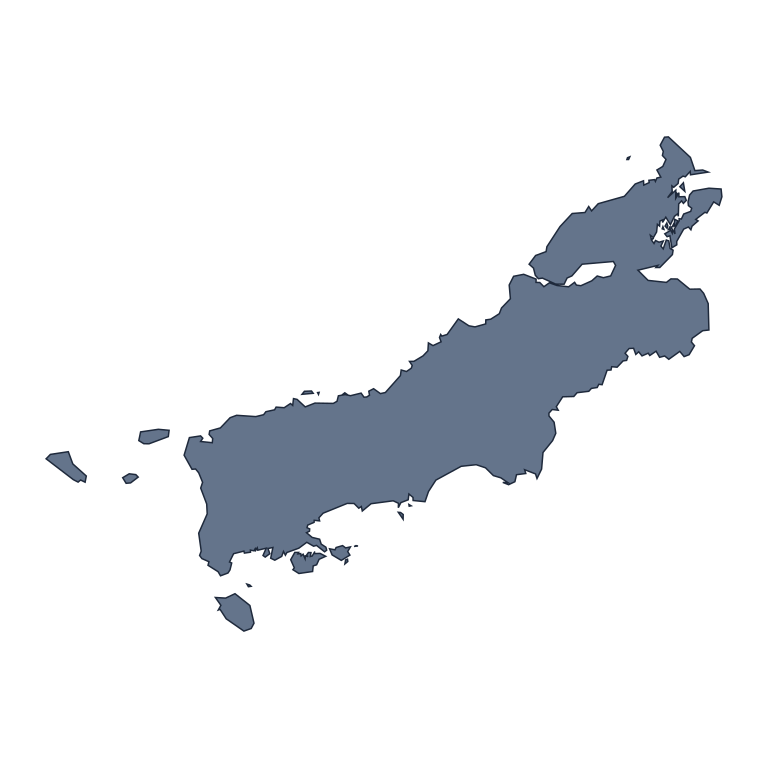 the district of Rote Ndao, Nusa Tenggara Timur, Indonesia
{"feature_id": "22746128B61006797400672", "entity_name": "Rote Ndao", "entity_type": "district", "adm_level": 2, "iso_a3": "IDN", "parent_name": "Indonesia", "parent_adm1": "Nusa Tenggara Timur", "projection": "mercator", "projection_center": [123.168, -10.719], "detail": "fine", "context": "isolated", "style": "filled", "palette": "slate", "viewbox_px": 768, "rotation_deg": 0, "n_neighbors": 0, "source": "geoboundaries", "source_scale": "gbopen_adm2", "svg_char_len": 6144}
<svg xmlns="http://www.w3.org/2000/svg" viewBox="0 0 768 768"><path d="M668.4,136.9L664.5,137.2L660.2,145.2L663.3,151.4L662.4,155.5L666.0,159.4L662.8,166.4L656.9,170.0L660.8,177.1L656.9,178.0L655.4,181.4L654.6,179.6L648.9,180.3L649.2,182.6L643.8,185.1L643.5,180.8L635.2,184.0L624.4,196.3L598.2,203.7L591.6,210.9L588.7,206.5L585.0,212.5L572.2,213.5L560.0,226.6L546.9,246.7L546.1,251.6L535.6,255.5L529.1,264.2L533.5,268.1L535.3,275.3L538.4,278.7L542.4,278.1L555.7,284.1L564.1,284.2L567.1,278.0L571.9,275.9L582.1,264.2L613.4,261.5L615.6,265.4L610.7,275.9L603.4,277.7L597.2,276.0L591.8,280.8L580.9,285.7L576.4,285.1L574.6,282.3L568.6,286.8L557.0,285.5L549.4,282.8L543.9,286.7L539.8,282.5L536.0,282.4L536.1,279.1L523.7,274.3L513.6,276.3L509.2,285.0L510.4,298.7L501.5,308.0L499.3,313.7L490.7,319.2L485.8,319.9L485.7,323.9L475.0,326.9L468.9,325.8L458.3,318.9L447.1,334.5L441.8,336.1L440.7,334.5L439.5,337.5L441.1,341.8L433.0,345.6L428.4,342.9L427.9,350.8L423.0,355.9L414.0,361.3L409.5,361.4L412.2,365.5L411.3,368.2L406.5,371.5L401.2,370.0L400.4,375.6L385.4,392.5L380.4,393.6L373.6,388.7L368.8,391.2L369.5,395.2L366.7,397.0L364.0,397.2L361.1,393.1L350.5,395.7L345.1,394.6L338.4,395.8L337.0,401.3L333.3,403.4L314.9,403.1L305.2,406.9L297.1,399.4L293.5,398.6L292.7,405.4L290.5,403.5L284.2,407.7L276.1,407.1L274.6,409.8L265.9,411.7L263.6,414.7L255.8,416.6L236.6,415.3L230.1,417.7L220.4,427.9L209.7,430.9L209.1,434.4L212.7,438.5L212.3,442.7L200.6,441.5L202.8,438.2L200.6,435.9L189.4,437.6L184.1,455.2L192.0,469.3L195.6,469.0L198.7,472.8L202.6,482.3L200.7,488.1L206.7,504.0L207.2,513.9L198.7,533.2L201.2,551.1L199.6,555.5L201.9,558.6L208.9,561.7L208.0,565.3L218.1,571.7L220.5,575.8L228.0,573.0L230.0,569.9L231.7,563.0L229.5,562.0L233.6,553.7L243.9,551.1L244.4,553.1L250.5,552.2L250.4,550.1L253.9,550.8L255.8,547.7L255.1,551.4L257.3,547.9L257.8,550.2L266.2,548.2L263.0,555.5L265.2,557.1L269.8,553.7L268.0,548.5L272.9,547.5L270.7,558.2L274.8,560.2L281.7,556.4L283.5,551.5L285.4,555.2L286.9,552.5L298.8,548.2L306.8,542.3L313.6,546.2L316.5,545.4L324.6,551.8L326.7,550.2L325.9,547.2L321.2,544.1L319.6,539.2L312.1,537.4L306.5,532.7L309.5,531.2L309.7,528.9L307.0,527.7L307.7,525.1L314.1,522.3L314.2,520.3L319.6,520.9L318.9,517.8L323.1,513.2L347.2,503.4L354.1,503.5L358.8,508.2L361.3,506.5L362.3,511.0L371.1,503.7L393.2,500.8L398.5,503.3L398.3,507.7L400.9,502.6L408.2,499.8L408.9,494.0L413.0,497.4L413.1,500.5L425.0,501.7L428.5,491.5L435.9,480.1L461.2,466.3L476.2,464.7L485.5,467.8L493.4,475.6L500.8,477.8L508.0,482.7L502.8,482.4L508.6,484.7L514.9,481.7L516.5,474.7L525.8,473.5L524.6,469.7L535.5,473.9L537.0,478.5L541.6,469.1L543.0,452.5L552.6,440.6L555.8,433.3L554.1,422.2L549.0,416.0L548.9,413.2L552.2,409.5L558.2,410.2L556.3,406.7L562.7,396.8L573.8,396.5L577.1,392.7L588.8,391.3L591.4,388.4L597.2,387.5L598.8,384.3L602.1,384.7L607.1,370.2L611.0,370.0L611.7,366.7L617.1,367.2L623.1,360.9L626.6,360.4L627.9,356.4L625.1,353.2L629.1,348.5L633.6,348.3L635.8,354.4L638.7,351.8L642.0,355.9L648.2,353.2L649.8,355.5L656.1,351.2L659.6,357.3L664.7,356.0L668.8,359.3L679.8,351.4L684.1,356.6L689.1,354.7L694.5,345.7L691.4,342.0L692.2,338.3L702.7,330.7L708.9,330.0L708.2,303.6L703.7,293.4L700.0,289.0L689.8,289.2L677.4,279.0L670.9,278.9L666.4,282.4L648.1,280.4L637.9,270.2L657.8,265.4L655.9,267.5L659.8,267.5L672.4,254.6L673.1,250.2L670.1,248.5L668.8,240.9L666.3,240.0L663.2,248.9L660.9,246.1L663.3,241.0L659.0,242.2L655.5,240.5L654.0,243.5L651.4,239.9L653.8,238.2L651.3,239.2L650.4,235.3L653.4,237.6L656.6,232.0L657.4,224.3L659.6,226.1L659.9,221.1L662.9,219.8L662.5,222.5L665.8,217.2L670.4,224.6L674.5,216.3L677.6,213.8L678.3,216.3L678.7,203.9L681.6,200.9L683.4,203.4L686.3,200.4L684.8,196.6L678.9,196.8L678.9,192.6L678.3,194.6L676.7,193.1L677.2,195.9L675.7,198.4L675.8,190.2L667.6,197.7L672.2,191.5L671.9,185.9L673.7,187.3L678.1,183.5L678.7,179.1L683.0,176.1L685.3,176.8L690.2,171.4L690.5,174.8L708.2,172.1L702.7,170.0L694.9,170.6L690.4,157.4L668.4,136.9ZM708.9,188.2L693.1,191.0L689.6,195.0L688.0,202.0L688.4,205.6L691.7,208.2L690.7,211.4L683.7,214.0L681.4,219.0L679.1,218.7L679.3,220.6L674.4,229.0L675.0,233.9L672.4,229.5L672.2,233.0L670.7,230.3L664.8,233.8L667.1,236.7L669.9,235.8L671.9,247.8L676.8,244.8L676.7,241.5L683.7,229.1L688.4,227.0L690.9,229.8L692.0,226.2L698.1,220.9L695.7,219.4L704.9,212.3L706.9,213.0L713.7,201.9L719.2,205.3L721.9,196.8L721.1,189.0L708.9,188.2ZM249.9,605.5L235.0,593.7L225.6,598.1L215.4,597.5L220.9,605.3L218.3,610.0L220.1,609.4L226.2,618.8L243.9,631.1L251.2,628.5L254.0,623.2L249.9,605.5ZM72.8,463.9L68.3,451.7L50.4,454.4L46.1,458.8L73.4,479.7L78.1,482.1L80.6,480.0L85.1,482.2L86.3,476.0L72.8,463.9ZM313.9,553.6L314.9,551.5L312.2,556.0L310.3,556.5L311.0,552.6L308.4,552.5L306.5,555.2L308.1,556.6L305.4,555.9L305.1,558.8L303.1,554.2L301.1,555.9L300.7,553.6L297.9,553.9L298.7,552.4L294.8,552.4L290.7,559.7L294.3,567.8L292.9,569.7L298.9,573.5L312.6,571.5L313.2,565.9L316.6,564.8L319.1,559.3L325.7,556.3L320.1,553.4L313.9,553.6ZM158.3,429.3L140.6,431.9L138.8,440.6L143.8,443.7L149.0,443.8L168.3,436.6L169.1,430.3L158.3,429.3ZM342.6,545.6L336.1,547.5L335.0,549.8L329.6,548.8L332.1,554.9L341.3,560.4L349.9,555.1L347.7,551.6L350.4,546.9L345.6,547.9L342.6,545.6ZM129.2,473.8L122.7,477.7L126.1,483.3L130.6,482.9L138.2,477.1L135.8,474.6L129.2,473.8ZM313.2,393.3L311.5,391.0L304.4,391.3L302.0,394.3L313.2,393.3ZM403.2,514.5L400.6,512.5L398.3,512.3L403.1,519.2L403.2,514.5ZM684.8,191.3L683.4,182.8L679.8,186.7L684.8,191.3ZM677.8,220.9L674.7,219.3L674.2,226.2L675.9,225.1L677.8,220.9ZM667.1,228.3L667.8,225.9L666.8,223.0L665.1,226.1L667.1,228.3ZM344.9,563.9L347.8,561.5L347.5,559.2L345.6,559.9L344.9,563.9ZM251.1,586.3L249.8,585.0L246.9,584.1L248.4,586.7L251.1,586.3ZM671.9,227.0L669.8,226.9L668.6,229.5L671.1,228.8L671.9,227.0ZM629.8,156.8L627.5,157.7L626.9,159.5L628.6,159.5L629.8,156.8ZM662.2,228.8L663.9,229.4L662.9,226.7L662.2,228.8ZM347.2,394.5L344.8,392.8L343.0,394.2L347.2,394.5ZM319.1,392.4L317.6,392.6L318.5,394.4L319.1,392.4ZM409.2,506.2L411.1,505.8L408.9,504.5L409.2,506.2ZM672.2,226.9L673.7,224.6L673.5,224.2L672.2,226.9ZM358.0,546.0L356.0,545.6L354.1,546.5L355.7,546.2L358.0,546.0Z" fill="#64748b" stroke="#1e293b" stroke-width="1.5"/></svg>